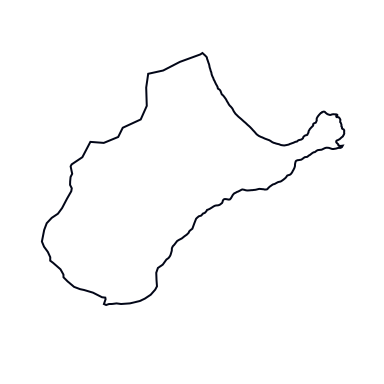 outline of Village, Soufrière, Saint Lucia, rotated 109°
{"feature_id": "8701671B40891625905372", "entity_name": "Village", "entity_type": "district", "adm_level": 2, "iso_a3": "LCA", "parent_name": "Saint Lucia", "parent_adm1": "Soufrière", "projection": "robinson", "projection_center": [-61.064, 13.907], "detail": "fine", "context": "isolated", "style": "outline", "palette": "ink", "viewbox_px": 384, "rotation_deg": 109, "n_neighbors": 0, "source": "geoboundaries", "source_scale": "gbopen_adm2", "svg_char_len": 5822}
<svg xmlns="http://www.w3.org/2000/svg" viewBox="0 0 384 384"><g transform="rotate(109 192 192)"><path d="M207.3,315.1L213.8,311.2L217.3,311.7L221.5,310.7L225.0,309.6L227.6,306.9L230.6,306.4L239.0,308.0L249.5,309.6L256.2,311.7L262.1,316.2L268.8,319.2L276.0,319.4L287.7,317.8L291.9,314.1L295.6,308.8L299.8,304.8L303.1,303.7L304.2,300.3L307.9,291.2L311.9,286.7L314.5,285.7L317.0,280.6L320.1,272.6L320.3,266.2L319.8,262.2L319.4,252.9L320.8,242.8L320.1,239.6L321.5,238.8L326.6,238.8L326.8,236.4L325.0,234.1L323.8,230.9L321.9,227.1L321.0,222.6L317.5,214.4L312.1,205.9L308.2,201.9L302.6,197.6L296.3,195.0L292.6,194.4L287.0,196.8L280.0,199.5L274.9,199.5L270.2,196.0L264.2,194.2L262.1,192.7L260.0,192.0L258.4,191.8L254.1,192.0L251.7,192.7L249.6,192.5L247.7,191.6L243.2,190.1L241.6,188.8L239.2,186.5L236.3,184.7L234.1,183.1L231.7,181.9L230.1,181.8L228.7,181.1L226.6,179.7L220.7,179.6L215.9,179.4L214.9,178.9L212.8,177.7L211.3,175.6L208.8,174.6L207.6,173.1L205.6,172.2L204.0,171.9L203.3,170.9L202.1,169.7L200.4,168.3L198.6,166.9L198.1,166.4L197.5,165.8L197.0,165.0L196.7,164.4L196.2,163.2L195.7,162.4L195.1,161.7L194.6,161.3L193.2,160.4L192.6,160.0L191.6,159.9L191.1,159.9L190.6,160.0L190.0,160.0L189.2,159.8L188.8,159.6L188.3,159.2L188.0,158.7L187.8,158.1L187.6,157.3L187.4,156.0L187.3,155.1L187.0,154.3L186.7,153.8L185.9,153.4L185.0,153.1L184.0,152.9L182.2,152.6L181.3,152.4L180.4,152.0L179.5,151.6L178.6,150.6L177.3,149.5L176.7,148.7L175.6,147.6L174.3,146.4L173.7,145.9L173.2,145.2L173.1,144.6L172.9,143.2L172.9,142.4L172.8,141.3L172.6,140.4L172.2,139.3L171.6,137.9L170.7,135.9L170.4,135.1L169.9,134.2L169.5,133.2L169.0,132.3L167.5,130.0L167.1,129.3L166.9,128.5L166.3,126.0L166.1,125.2L166.0,124.0L165.5,122.8L165.1,122.0L164.4,121.5L163.9,121.4L161.7,120.3L160.9,119.7L159.6,118.8L158.7,118.1L158.3,117.7L157.8,116.9L157.2,116.2L155.4,114.6L154.6,113.8L154.0,112.9L153.6,112.2L153.2,111.6L152.4,110.9L151.4,110.2L150.6,109.6L150.1,109.3L148.8,108.5L148.3,108.2L147.3,107.8L146.2,107.5L145.5,107.3L145.1,106.9L144.7,106.3L144.1,105.5L143.5,104.8L142.8,104.4L141.7,104.0L140.6,103.7L139.6,103.6L138.1,103.3L136.6,103.1L135.7,103.0L133.9,103.1L132.7,103.5L131.8,103.7L131.0,103.8L129.9,103.9L129.1,103.9L128.4,103.5L127.6,102.6L127.4,102.1L126.7,100.8L126.3,100.0L125.9,99.3L125.1,98.6L124.4,98.1L123.7,97.7L122.9,97.1L122.3,96.6L121.8,95.6L121.4,94.7L120.7,94.1L120.1,93.8L119.2,93.2L118.5,92.5L117.7,92.0L116.0,90.9L115.4,90.4L114.8,89.8L114.4,89.0L114.0,88.6L113.0,88.0L111.7,87.0L111.5,86.7L111.1,86.0L109.8,83.2L109.1,82.5L108.1,81.5L107.4,80.8L107.0,80.3L106.4,79.4L106.1,78.5L105.7,76.9L105.7,76.2L105.7,75.3L105.7,73.7L105.6,73.1L105.3,72.4L105.2,72.0L104.7,71.2L104.1,70.0L103.7,69.5L102.8,68.2L102.5,67.7L102.3,67.0L101.9,65.9L100.8,64.9L99.1,64.6L99.3,65.0L99.7,65.7L100.1,66.7L100.3,67.2L100.4,67.8L100.4,68.5L100.2,68.8L99.7,68.9L99.5,69.0L99.3,69.3L98.6,70.8L98.1,71.7L97.8,71.9L97.3,72.1L96.6,72.1L96.1,71.8L95.8,71.3L95.1,70.7L94.0,69.6L91.9,68.5L91.3,68.1L91.1,68.0L90.4,67.5L90.0,67.4L89.2,67.4L88.9,67.3L88.5,67.1L87.1,67.1L86.5,67.4L85.5,67.8L85.2,67.8L84.1,68.2L83.9,68.5L83.5,68.9L83.4,69.8L83.2,70.7L83.1,70.8L82.7,71.0L82.2,71.1L81.8,71.3L81.5,71.9L81.0,72.3L80.5,72.3L80.1,72.4L79.9,72.5L79.6,72.7L78.6,73.5L78.4,73.6L77.9,74.2L77.8,74.5L77.5,74.7L77.2,74.8L76.8,74.9L76.2,75.1L75.8,75.1L75.3,75.3L74.6,76.0L74.0,76.8L73.6,77.6L73.6,78.1L73.8,78.6L74.0,79.2L74.1,79.6L73.8,80.1L73.6,80.2L73.3,80.3L73.0,80.0L72.8,79.8L72.1,79.6L71.9,79.6L71.7,79.9L71.6,80.6L71.8,81.4L72.1,82.3L72.3,83.3L72.6,84.0L73.0,84.8L73.8,85.8L74.2,86.5L74.3,87.2L74.3,88.3L74.3,89.3L74.1,89.9L73.6,91.4L73.3,92.0L73.0,92.5L73.0,93.1L73.1,93.5L73.3,94.0L73.6,94.3L73.9,94.8L74.2,95.1L74.5,95.1L74.9,95.2L75.3,95.9L76.0,96.2L77.8,97.0L79.8,97.7L80.5,97.8L81.6,98.0L82.5,97.9L83.5,97.4L84.6,97.4L85.7,97.5L86.2,97.6L86.6,98.1L87.4,99.0L88.0,99.4L88.5,99.5L89.7,99.1L90.1,99.2L92.3,100.3L93.1,100.6L94.2,101.1L95.1,101.2L96.2,101.5L97.4,101.4L97.9,101.2L98.6,101.4L99.4,101.5L100.4,101.6L100.8,102.0L101.2,102.7L101.8,103.5L102.8,104.2L103.7,104.6L104.2,104.6L104.7,104.6L105.1,104.6L105.7,104.9L106.5,105.5L107.0,106.0L107.3,106.5L107.8,107.3L108.4,108.2L108.7,108.4L109.4,108.8L110.0,109.1L110.2,109.3L110.5,109.9L110.8,110.4L111.3,111.0L112.1,111.8L112.8,112.6L113.3,113.3L114.3,114.5L114.7,115.1L115.1,115.5L115.5,115.8L115.8,116.2L117.0,118.2L117.5,119.1L117.9,119.8L118.1,120.5L118.4,121.9L118.6,123.0L118.6,123.9L118.5,125.1L118.6,126.1L118.7,127.1L118.8,128.1L118.8,129.9L118.9,130.9L118.8,131.4L118.8,132.0L118.5,133.3L118.2,134.2L118.1,134.8L117.9,135.7L117.8,140.6L117.5,143.2L117.5,144.5L117.2,147.1L116.8,148.4L116.6,149.1L116.0,150.4L115.3,151.5L114.4,153.1L114.0,153.9L113.6,154.7L113.1,155.5L111.8,158.0L111.2,159.3L110.5,161.1L109.2,163.9L108.4,166.0L107.0,169.2L105.7,172.6L104.2,175.7L104.0,176.2L103.2,177.3L102.4,178.4L102.0,178.9L100.3,180.6L99.6,181.5L99.2,182.2L98.7,183.0L98.5,183.4L98.3,184.0L97.8,184.8L97.2,185.7L96.4,186.5L95.0,188.2L94.5,188.8L94.2,189.1L93.8,189.5L93.4,189.9L92.8,190.7L91.9,192.0L91.6,192.4L91.3,192.9L90.9,193.5L90.5,194.2L90.3,194.8L90.1,195.3L89.8,195.8L89.6,195.9L89.2,196.3L88.3,197.0L87.6,197.6L87.2,197.9L86.9,198.3L86.6,198.7L86.3,199.2L86.1,199.7L86.0,200.1L86.0,200.5L85.9,200.8L85.8,201.1L85.6,201.3L85.4,201.4L85.1,201.7L84.6,201.8L84.4,202.0L83.3,203.1L82.4,204.2L80.9,205.7L79.4,207.1L78.8,207.9L77.1,209.2L76.3,210.1L74.9,211.3L74.1,211.9L73.1,212.4L72.1,213.1L71.5,213.7L70.1,214.6L69.3,215.2L68.4,215.9L66.6,216.9L65.5,217.6L64.5,218.5L63.5,219.2L62.0,220.4L61.8,220.5L61.2,221.1L60.2,221.6L59.7,222.0L58.6,224.1L57.8,226.0L57.4,226.9L57.2,227.4L59.2,228.9L72.9,245.8L86.5,258.8L94.5,271.9L108.2,269.3L125.3,262.8L140.1,264.1L153.8,278.4L164.0,279.7L174.3,291.4L177.7,304.4L194.8,307.0L205.1,314.8L207.3,315.1Z" fill="none" stroke="#020617" stroke-width="2"/></g></svg>